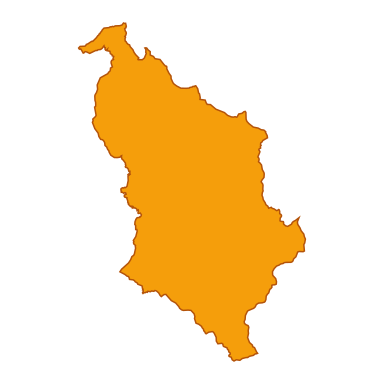 the district of Pasto, Nariño, Colombia
{"feature_id": "7082276B828212266438", "entity_name": "Pasto", "entity_type": "district", "adm_level": 2, "iso_a3": "COL", "parent_name": "Colombia", "parent_adm1": "Nariño", "projection": "mercator", "projection_center": [-77.263, 1.088], "detail": "fine", "context": "isolated", "style": "filled", "palette": "amber", "viewbox_px": 384, "rotation_deg": 0, "n_neighbors": 0, "source": "geoboundaries", "source_scale": "gbopen_adm2", "svg_char_len": 5950}
<svg xmlns="http://www.w3.org/2000/svg" viewBox="0 0 384 384"><path d="M164.0,64.6L160.0,59.5L155.0,58.7L153.5,56.5L150.2,55.0L150.2,51.6L148.1,49.9L146.8,48.1L145.9,47.8L144.9,48.0L145.9,49.6L145.8,52.5L146.3,53.4L144.3,58.1L142.3,59.7L138.2,59.7L137.9,59.2L138.8,57.9L135.6,54.6L134.0,52.3L132.9,49.7L130.2,46.7L129.6,44.9L128.1,44.3L126.9,43.1L126.0,41.5L125.4,41.3L125.1,40.4L125.0,38.3L125.5,37.7L125.4,36.9L124.8,36.4L125.7,35.4L126.3,33.4L126.1,32.1L125.3,31.1L124.7,28.6L126.0,27.7L125.8,27.0L126.3,26.3L125.6,23.3L124.9,23.5L123.5,23.0L122.0,25.0L119.7,25.7L115.2,25.9L113.6,26.7L112.4,26.4L111.2,26.9L110.2,26.8L109.0,27.6L104.0,28.1L102.2,30.0L101.6,31.3L100.4,32.5L100.0,33.6L99.3,33.8L98.6,35.2L97.8,35.7L96.4,37.7L92.7,41.4L92.2,41.2L91.4,41.5L87.8,43.9L86.3,44.4L85.9,45.3L84.9,46.2L80.1,46.4L78.6,48.0L79.0,48.8L79.9,49.3L80.5,48.9L80.9,49.1L83.2,53.1L83.8,53.0L85.1,51.6L86.6,51.9L89.7,53.4L95.7,50.5L97.1,50.5L97.9,49.8L100.5,49.5L102.1,48.4L104.0,45.8L104.6,47.6L105.3,47.7L105.1,49.3L105.5,50.0L105.1,50.4L106.8,49.8L107.4,49.2L107.0,50.7L109.9,51.3L110.3,53.6L112.0,54.7L112.2,55.8L113.7,56.4L113.0,58.6L113.5,59.5L111.8,60.3L111.2,61.4L111.1,63.0L112.4,66.9L110.5,68.1L110.3,70.3L109.8,71.3L108.5,72.3L107.9,73.6L100.3,77.8L97.2,85.0L97.6,89.3L96.4,92.7L95.2,94.6L94.8,96.0L95.0,100.4L95.6,102.3L95.7,104.7L95.6,106.3L94.6,107.1L96.1,115.3L95.5,116.5L92.8,119.1L93.1,120.8L92.4,122.3L94.8,128.6L98.1,133.1L98.9,136.6L100.7,139.4L102.5,139.7L104.1,141.4L104.7,142.9L105.0,145.5L106.7,147.0L107.6,149.3L108.8,150.8L109.2,152.3L110.8,155.2L114.3,157.5L117.2,157.6L120.0,157.2L120.9,156.0L121.6,155.7L121.4,156.7L121.9,159.0L123.2,160.1L125.4,163.0L125.4,164.5L125.9,165.2L125.3,166.8L125.8,167.4L126.9,167.6L128.1,168.8L128.9,171.4L129.9,171.3L129.8,173.7L130.2,174.2L128.8,175.4L128.4,174.2L127.9,174.7L128.4,175.7L128.0,176.1L128.2,180.6L127.0,186.3L125.6,187.6L124.4,187.4L123.7,188.0L122.4,187.8L121.1,188.6L120.9,189.4L121.3,192.3L122.2,192.2L123.8,193.3L124.8,192.6L125.7,192.9L126.1,194.3L124.5,195.0L124.2,196.1L124.6,197.0L127.0,197.9L126.8,198.3L127.8,201.1L127.7,202.2L128.6,203.2L128.2,203.6L128.4,204.3L130.3,206.3L131.2,206.2L131.3,206.9L132.3,207.1L132.4,207.9L132.8,207.6L133.0,206.6L133.6,207.3L133.5,207.9L135.5,208.1L136.6,209.0L137.0,209.6L137.0,210.5L138.2,209.9L138.4,211.2L138.0,212.3L138.1,213.3L138.8,213.5L140.2,213.0L141.4,214.8L141.1,215.9L140.4,216.7L139.9,216.7L139.7,217.4L137.1,217.7L135.9,219.3L135.0,221.8L134.8,224.5L135.6,225.4L135.7,229.5L136.8,229.5L137.2,231.1L135.8,236.6L133.3,240.5L133.9,241.7L133.5,242.3L133.7,243.8L135.5,245.5L135.3,246.2L135.6,248.2L134.4,253.8L133.7,255.3L131.9,256.6L130.6,259.8L128.5,263.0L121.6,269.2L119.9,271.8L125.0,274.5L127.1,276.2L128.4,276.5L129.0,277.4L129.5,279.4L133.3,279.9L134.6,280.8L135.1,281.7L137.3,283.0L137.8,284.2L141.9,285.8L142.3,286.7L142.3,288.0L142.9,288.9L142.6,289.9L143.2,290.0L143.2,291.4L142.5,292.8L143.0,293.5L144.0,292.6L145.0,292.8L146.4,292.0L147.3,292.3L147.8,291.3L150.5,291.7L151.5,291.0L153.9,291.3L154.9,290.5L156.4,290.9L158.7,292.9L160.1,295.4L161.3,296.6L163.9,294.6L165.9,294.4L171.3,300.6L175.7,303.0L178.8,306.6L179.6,308.2L181.5,309.8L183.3,310.4L188.1,310.1L191.0,310.4L194.1,313.8L194.9,316.7L194.5,318.5L196.0,323.2L198.7,324.2L201.5,326.3L202.2,327.8L203.4,329.1L203.8,330.8L205.0,332.2L205.4,333.2L206.1,333.8L208.7,332.2L212.3,331.6L213.2,332.0L214.2,333.2L216.2,337.4L216.3,341.1L217.9,343.8L221.8,343.3L222.9,344.2L223.2,345.9L223.7,346.5L227.0,347.8L227.5,349.3L228.4,350.1L228.9,352.0L230.2,353.1L230.1,354.4L229.1,355.0L228.8,355.9L229.4,356.6L231.2,357.2L232.2,359.8L234.0,361.0L236.3,359.8L239.9,360.3L242.3,358.5L245.8,357.6L247.7,357.5L249.4,356.3L253.3,355.4L255.4,353.8L256.5,353.8L257.6,353.3L256.6,352.0L254.5,347.6L252.7,346.7L252.4,345.1L249.5,342.5L247.6,337.6L248.5,333.4L248.2,330.8L248.8,327.2L248.1,325.6L246.0,324.7L244.5,323.4L244.2,321.5L245.1,319.4L245.4,315.5L247.4,311.3L248.2,310.6L253.7,308.3L255.3,306.8L256.0,305.1L256.8,304.2L258.6,303.1L262.3,302.8L264.5,302.1L265.1,301.5L265.9,299.6L266.2,296.1L267.4,294.2L268.7,292.9L269.8,289.3L270.9,288.6L271.9,287.3L271.8,285.3L272.8,284.9L274.7,284.8L276.2,284.2L276.3,283.8L276.5,281.7L275.7,278.6L272.9,275.5L272.6,274.7L272.5,271.6L274.2,268.6L276.5,266.1L279.1,265.1L280.6,264.0L283.1,263.5L284.1,262.7L285.8,262.4L290.9,262.3L292.0,261.9L292.9,261.0L293.7,258.8L295.9,256.8L297.7,252.0L299.1,251.5L303.1,251.7L304.4,251.0L303.8,244.6L304.7,243.0L305.4,239.1L304.3,236.5L303.8,234.1L301.1,230.7L300.0,227.9L297.7,224.3L297.4,221.8L299.0,217.7L295.5,220.4L293.4,221.5L292.3,222.5L291.5,224.2L287.7,226.4L285.5,225.8L283.6,224.1L283.6,222.3L283.3,221.6L280.7,221.3L280.0,220.8L280.2,218.1L281.4,216.5L281.5,215.3L280.9,214.4L279.7,213.7L279.7,211.2L279.1,209.7L278.7,209.5L277.4,210.4L276.6,210.6L273.9,208.8L272.2,208.4L271.3,207.3L268.7,208.2L267.8,206.2L265.9,204.7L265.2,202.8L263.2,199.6L262.8,197.3L262.0,195.3L262.3,192.8L263.1,190.9L262.8,189.3L263.0,185.3L262.7,184.0L261.1,181.8L262.0,180.0L264.0,177.4L264.2,173.9L263.9,172.5L262.3,169.6L261.5,165.0L259.9,162.9L258.5,161.8L259.1,159.8L258.9,158.3L258.0,157.2L258.0,156.6L259.7,152.5L259.9,151.5L258.8,149.8L259.3,148.7L260.6,148.1L260.4,146.1L261.1,145.4L260.5,144.3L260.8,142.8L262.0,142.0L262.8,140.5L267.5,137.8L267.2,135.7L265.5,132.3L265.7,131.7L263.9,130.1L261.1,129.7L258.2,128.1L253.3,127.1L248.9,123.6L246.9,121.4L246.1,119.2L245.9,112.4L245.2,111.4L244.0,111.7L242.0,113.3L238.7,114.0L237.2,116.8L236.7,117.2L235.1,116.7L233.5,117.1L231.4,116.9L227.6,115.4L224.5,112.6L215.9,109.2L210.5,104.6L207.2,104.4L206.1,102.7L205.2,100.1L200.0,99.4L200.2,97.5L199.5,93.9L198.6,92.9L197.7,88.7L195.8,85.8L195.1,85.8L194.3,86.6L193.1,86.3L192.2,87.0L189.8,87.5L189.1,88.1L186.3,88.3L180.9,88.2L176.7,86.0L174.1,84.1L173.0,82.8L171.1,78.6L171.0,76.0L169.0,73.3L166.8,68.9L166.8,66.9L166.5,66.2L165.5,66.1L164.0,64.6Z" fill="#f59e0b" stroke="#b45309" stroke-width="1.5"/></svg>